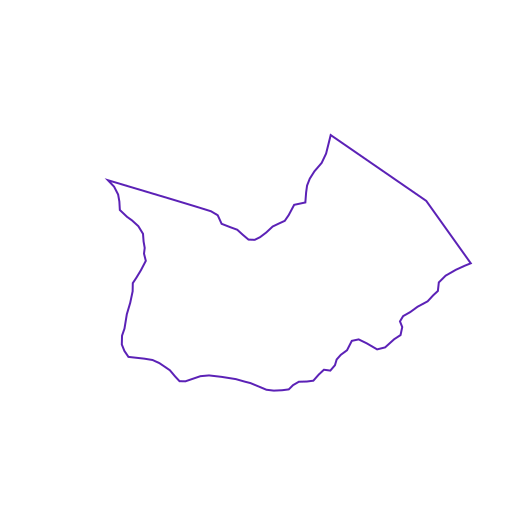 outline of Varjota, Ceará, Brazil, rotated 47°
{"feature_id": "56859067B91642005756852", "entity_name": "Varjota", "entity_type": "district", "adm_level": 2, "iso_a3": "BRA", "parent_name": "Brazil", "parent_adm1": "Ceará", "projection": "albers", "projection_center": [-40.497, -4.171], "detail": "fine", "context": "isolated", "style": "outline", "palette": "violet", "viewbox_px": 512, "rotation_deg": 47, "n_neighbors": 0, "source": "geoboundaries", "source_scale": "gbopen_adm2", "svg_char_len": 1362}
<svg xmlns="http://www.w3.org/2000/svg" viewBox="0 0 512 512"><g transform="rotate(47 256 256)"><path d="M331.8,93.9L218.5,118.9L223.2,126.1L228.9,134.9L232.7,144.5L233.9,155.5L236.1,163.9L239.3,170.6L243.7,176.0L250.5,183.4L244.6,193.2L248.4,204.2L249.9,211.0L247.8,217.3L245.8,223.7L245.8,232.5L245.0,240.2L243.3,245.9L238.9,250.3L231.3,251.2L224.0,251.8L217.3,255.2L209.0,259.2L200.1,256.2L192.6,258.4L177.9,266.8L161.2,276.5L99.6,312.6L108.5,312.5L117.0,314.9L123.0,318.8L129.5,324.2L139.5,323.6L145.4,322.4L153.9,321.7L162.7,323.5L168.7,328.3L174.2,331.9L177.9,336.3L184.4,339.9L187.9,349.8L190.3,358.3L191.8,364.6L197.7,370.3L204.5,380.0L210.5,390.2L219.4,401.7L222.9,408.3L229.2,414.5L235.7,417.0L242.8,418.1L254.9,407.7L261.5,402.6L268.5,399.7L280.8,396.9L288.8,397.3L295.4,397.3L299.5,393.1L306.0,378.6L311.3,371.8L320.8,363.7L332.3,354.7L340.4,349.8L345.2,346.7L360.9,339.6L366.6,334.8L372.1,328.3L375.9,323.0L375.7,317.0L377.2,310.4L382.5,304.4L386.3,299.1L385.5,290.9L385.5,283.9L390.5,279.8L389.7,272.7L386.7,267.6L386.1,261.3L387.0,253.7L383.4,243.8L387.0,237.8L395.3,234.6L406.9,231.1L410.9,223.9L411.1,211.6L412.4,204.2L407.7,197.5L402.0,195.3L400.3,189.4L402.2,181.4L403.3,172.4L406.2,161.4L405.6,153.3L405.6,146.8L400.0,140.3L399.7,130.7L402.4,119.2L405.4,110.2L407.8,103.9L331.8,93.9Z" fill="none" stroke="#5b21b6" stroke-width="2"/></g></svg>